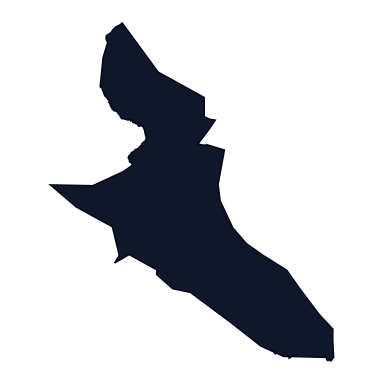 San Francisco Teopan, Oaxaca, Mexico
{"feature_id": "50627088B43256659786300", "entity_name": "San Francisco Teopan", "entity_type": "district", "adm_level": 2, "iso_a3": "MEX", "parent_name": "Mexico", "parent_adm1": "Oaxaca", "projection": "natural_earth1", "projection_center": [-97.547, 17.899], "detail": "fine", "context": "isolated", "style": "filled", "palette": "ink", "viewbox_px": 384, "rotation_deg": 0, "n_neighbors": 0, "source": "geoboundaries", "source_scale": "gbopen_adm2", "svg_char_len": 2378}
<svg xmlns="http://www.w3.org/2000/svg" viewBox="0 0 384 384"><path d="M100.2,86.4L100.6,87.3L101.8,87.8L102.2,88.3L102.2,89.2L102.5,90.2L103.4,91.7L103.8,93.2L104.3,94.5L104.9,95.9L105.9,96.7L107.1,98.1L107.5,98.9L107.9,99.5L109.1,100.2L109.3,100.7L108.9,102.4L110.2,104.0L110.2,105.2L110.6,106.2L111.6,107.2L112.0,108.8L112.8,109.6L114.1,110.8L115.4,110.8L117.4,112.1L118.5,113.9L119.8,115.0L120.5,117.2L121.9,118.6L124.3,118.9L125.4,119.5L126.7,119.3L127.7,120.1L129.2,119.8L130.1,119.7L130.8,121.0L132.2,120.1L132.9,122.5L134.4,122.8L135.4,123.4L136.1,123.7L136.9,123.7L138.6,126.2L139.7,126.1L141.4,125.6L142.3,126.1L143.3,127.3L144.6,130.4L144.9,131.8L144.8,132.7L145.2,133.5L145.4,134.0L145.4,134.6L145.6,135.8L146.4,136.6L146.0,138.3L146.0,140.2L144.1,141.7L143.0,142.5L142.6,143.1L142.0,143.6L141.6,144.8L140.3,146.3L139.1,147.2L138.6,147.8L138.1,148.5L136.9,149.2L136.3,149.2L135.0,149.9L133.9,151.4L131.9,152.3L131.1,153.1L130.9,154.1L129.9,155.2L128.9,155.9L128.4,156.9L128.5,157.6L128.3,158.2L128.7,158.8L129.3,159.5L129.4,160.1L129.4,160.6L129.4,161.3L129.6,161.8L129.8,162.1L130.5,162.0L131.0,162.4L131.4,163.4L132.2,164.1L132.5,165.1L123.1,171.7L92.7,185.7L50.3,184.9L76.3,207.0L112.4,226.8L119.1,254.7L118.8,256.2L114.6,263.0L129.1,254.6L150.3,266.2L156.9,269.9L156.6,274.5L172.7,288.7L190.4,292.4L231.0,322.6L260.6,345.9L266.8,348.8L274.2,352.1L274.4,353.3L275.2,353.7L274.9,352.4L281.2,355.3L283.4,356.4L289.3,356.5L289.0,357.4L289.1,358.2L291.8,356.5L299.1,356.7L305.2,356.9L310.9,357.0L315.1,357.1L319.4,357.2L323.1,357.3L326.1,357.4L326.3,358.2L326.7,358.8L326.8,359.6L327.5,360.5L328.4,360.3L329.4,360.4L329.6,360.1L330.0,359.9L330.4,360.6L330.8,361.0L331.9,359.9L332.9,357.5L333.3,357.7L333.7,357.4L333.4,351.9L333.3,351.1L333.2,348.2L333.1,346.9L333.0,344.6L332.8,341.1L332.8,339.6L332.8,337.7L332.8,333.4L332.9,329.0L331.2,327.3L330.1,326.2L325.9,321.6L322.4,318.1L318.3,313.3L299.9,288.9L286.7,270.2L263.1,255.4L246.4,243.6L232.8,227.9L220.1,200.7L218.1,184.5L224.4,150.0L206.8,144.7L206.4,145.1L203.8,145.0L202.7,145.3L202.5,145.0L199.3,144.3L198.0,143.9L208.1,130.6L215.3,120.1L209.6,119.2L204.3,116.7L204.2,97.5L158.2,72.1L122.3,23.2L122.2,23.0L119.6,25.1L117.5,26.1L115.3,27.2L113.0,29.7L111.0,32.7L107.7,34.7L106.5,35.7L106.1,37.1L106.1,38.7L106.5,40.3L107.7,42.3L103.1,57.5L100.2,86.4Z" fill="#0f172a" stroke="#020617" stroke-width="1.5"/></svg>